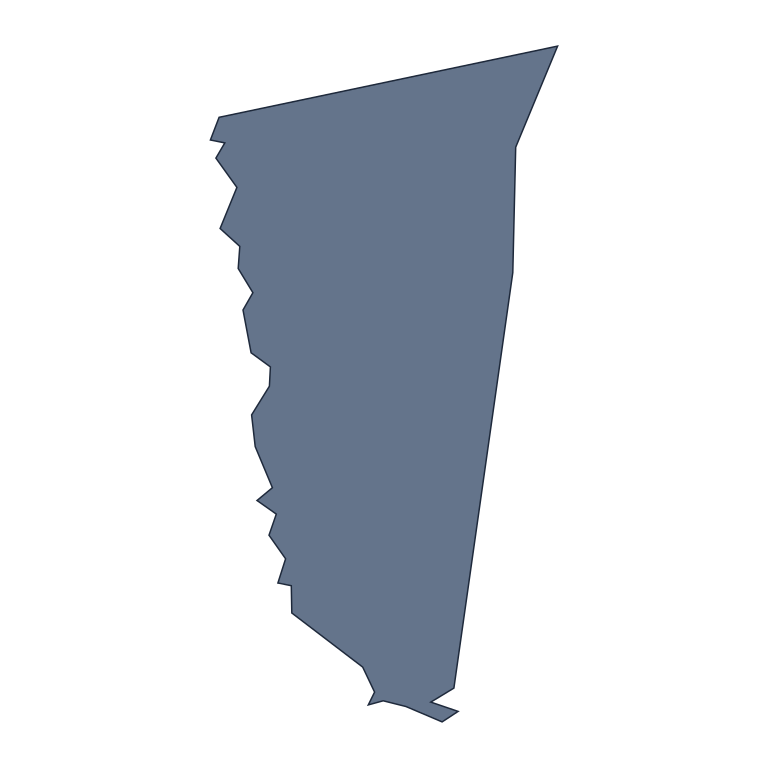 Montgomery, Georgia, United States of America
{"feature_id": "52423323B10770912620871", "entity_name": "Montgomery", "entity_type": "district", "adm_level": 2, "iso_a3": "USA", "parent_name": "United States of America", "parent_adm1": "Georgia", "projection": "albers", "projection_center": [-82.582, 32.151], "detail": "fine", "context": "isolated", "style": "filled", "palette": "slate", "viewbox_px": 768, "rotation_deg": 0, "n_neighbors": 0, "source": "geoboundaries", "source_scale": "gbopen_adm2", "svg_char_len": 563}
<svg xmlns="http://www.w3.org/2000/svg" viewBox="0 0 768 768"><path d="M210.4,140.0L224.8,142.9L215.9,158.1L236.9,187.4L220.1,228.5L239.8,246.4L238.2,268.5L252.9,292.7L243.0,310.0L251.1,352.8L270.4,366.9L269.4,386.2L251.6,414.9L255.2,446.6L272.4,487.7L257.0,500.5L276.3,514.1L269.0,535.2L285.6,558.8L277.9,583.0L291.3,585.7L291.8,613.0L362.7,667.1L374.6,692.1L368.3,704.9L383.2,700.8L405.9,706.5L442.1,721.9L458.1,711.4L430.8,702.1L453.9,688.1L512.8,272.6L515.7,147.2L557.6,46.1L219.1,117.3L210.4,140.0Z" fill="#64748b" stroke="#1e293b" stroke-width="1.5"/></svg>